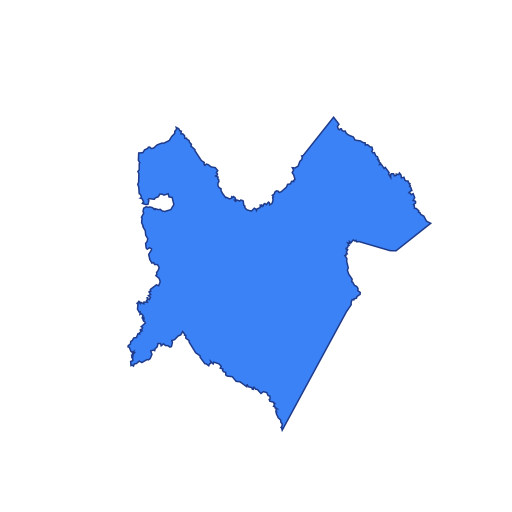 Remedios, Antioquia, Colombia, rotated 142°
{"feature_id": "7082276B29490927626625", "entity_name": "Remedios", "entity_type": "district", "adm_level": 2, "iso_a3": "COL", "parent_name": "Colombia", "parent_adm1": "Antioquia", "projection": "mercator", "projection_center": [-74.552, 6.983], "detail": "fine", "context": "isolated", "style": "filled", "palette": "blue", "viewbox_px": 512, "rotation_deg": 142, "n_neighbors": 0, "source": "geoboundaries", "source_scale": "gbopen_adm2", "svg_char_len": 6128}
<svg xmlns="http://www.w3.org/2000/svg" viewBox="0 0 512 512"><g transform="rotate(142 256 256)"><path d="M98.2,174.2L100.2,178.5L99.2,184.1L100.6,187.4L100.1,189.3L101.0,190.3L99.9,191.4L100.5,194.8L101.8,196.1L100.3,198.1L100.3,199.5L97.7,199.5L96.8,200.5L96.8,201.4L98.0,203.0L95.0,204.3L93.8,208.4L95.9,208.7L95.8,210.5L96.6,211.7L94.2,212.1L92.9,211.6L91.8,214.8L92.1,216.2L91.1,216.4L91.1,217.8L90.1,218.3L90.8,219.6L90.0,221.5L91.4,222.5L92.0,224.1L90.9,226.9L93.3,228.1L91.8,230.8L91.9,233.1L93.4,232.3L95.1,234.2L95.8,233.2L97.5,233.8L97.0,236.1L98.6,237.4L99.7,237.4L101.5,235.0L101.1,238.9L99.8,239.7L99.6,246.3L101.2,246.1L100.8,251.0L102.3,252.0L100.7,252.5L101.1,254.7L100.1,255.6L100.7,256.8L100.2,256.7L99.2,259.4L100.0,261.1L99.0,264.6L100.3,265.1L100.4,267.2L98.7,267.9L97.6,270.3L98.9,271.8L99.5,275.0L101.5,276.1L100.3,278.0L101.7,279.3L102.9,282.4L106.6,286.4L106.0,289.8L108.7,294.5L109.3,297.2L108.8,299.7L110.1,300.2L110.9,302.1L110.4,303.6L111.2,304.3L112.4,304.0L113.0,305.2L112.1,308.0L109.5,308.8L109.4,317.6L157.1,306.1L158.4,306.7L158.9,305.1L160.7,303.8L163.1,303.6L167.5,300.9L171.1,301.4L173.0,303.2L173.5,300.5L176.1,299.5L176.4,296.6L178.1,292.4L180.1,292.3L180.5,291.5L182.0,292.9L184.4,291.6L187.0,293.0L189.6,291.5L196.5,291.1L198.8,291.8L198.5,293.2L199.8,294.8L202.0,294.7L203.2,293.6L205.8,293.8L205.8,292.0L206.9,291.8L208.1,289.6L210.9,287.6L213.7,287.9L212.7,289.9L213.0,290.8L216.3,290.1L216.7,291.9L217.9,292.1L219.7,291.1L220.1,292.7L220.6,293.0L221.0,292.0L221.5,293.3L222.9,291.6L226.1,292.4L227.7,291.6L227.2,293.0L227.9,294.7L231.9,294.2L234.6,297.7L234.9,299.5L235.0,301.3L234.0,302.1L234.4,303.5L232.2,307.2L232.7,308.4L233.6,309.5L234.9,309.3L236.5,311.8L238.5,311.7L238.6,313.3L237.3,312.7L236.6,314.7L237.1,316.7L238.0,316.6L238.6,317.6L239.4,316.6L241.7,317.3L243.3,320.6L244.0,320.7L243.8,326.4L243.2,329.3L242.1,330.5L243.0,332.6L242.7,334.9L241.1,336.8L239.4,337.5L238.4,339.2L238.6,340.3L237.3,341.6L239.0,344.5L238.3,343.7L236.5,343.7L235.9,344.3L236.0,346.1L233.6,346.8L233.7,350.7L236.5,353.8L237.3,357.1L238.5,359.0L240.6,359.0L240.3,360.5L239.2,361.6L240.3,364.9L239.3,376.6L238.6,377.5L239.6,382.7L238.1,383.8L238.4,386.5L237.7,388.2L238.5,390.5L238.2,391.6L239.7,392.6L238.2,394.9L238.5,397.3L239.9,398.6L238.0,400.3L239.0,401.9L238.5,403.8L239.7,406.5L240.5,404.8L243.2,404.3L244.6,402.6L248.7,402.1L253.3,400.4L259.4,401.7L260.6,402.9L265.4,404.4L270.5,404.1L272.5,405.3L272.6,407.2L273.8,408.0L275.1,407.5L278.4,408.2L281.6,407.1L285.0,409.4L289.8,403.8L290.1,401.1L291.1,400.7L295.1,395.7L297.0,395.4L297.6,393.0L303.2,386.3L305.1,385.3L305.9,382.6L309.7,377.0L309.2,376.2L309.6,373.8L310.7,372.5L311.4,372.7L310.5,371.3L311.3,367.7L311.8,367.1L312.0,367.8L313.2,367.4L311.1,364.3L309.3,363.2L306.4,365.5L306.3,366.8L304.8,366.9L301.2,363.3L299.7,363.8L296.4,362.8L293.9,364.0L291.9,362.6L291.1,360.7L286.9,359.1L288.2,356.1L286.0,353.8L289.1,347.1L294.6,345.0L300.5,347.3L302.2,349.2L302.7,351.7L304.4,352.6L306.0,355.0L306.7,354.8L306.7,355.6L307.6,355.5L307.7,357.7L309.5,360.1L311.0,360.7L312.2,362.4L315.1,362.8L317.6,360.7L318.1,358.9L322.5,357.0L322.5,356.0L325.6,352.7L326.5,348.9L327.1,348.7L327.7,344.1L330.1,340.3L330.6,336.3L332.8,334.5L335.2,333.9L337.6,330.0L337.5,328.3L334.9,328.1L333.9,326.1L334.5,325.2L339.6,323.3L341.9,318.5L342.4,314.5L340.8,313.9L341.1,311.7L338.9,309.9L339.4,306.5L342.3,304.7L344.4,304.3L345.3,302.6L347.0,302.2L346.1,297.9L347.4,294.6L351.1,292.5L352.2,294.6L359.8,294.7L360.7,293.0L362.0,293.8L362.5,293.4L362.6,290.5L365.2,291.0L364.6,288.4L367.0,287.3L367.7,288.3L367.0,289.7L367.5,290.1L368.4,288.4L369.9,288.1L370.1,286.5L372.7,288.7L373.8,287.4L375.0,289.9L376.5,289.6L376.3,290.6L377.5,291.7L375.9,291.4L376.2,292.4L378.9,291.7L378.7,290.7L382.1,287.1L382.6,283.7L381.7,283.2L383.4,281.4L382.0,281.3L381.6,278.6L383.6,277.5L382.2,276.6L382.9,275.4L383.7,276.4L384.1,275.9L384.7,273.9L384.0,273.1L384.5,271.3L390.0,271.0L389.4,269.5L390.6,268.6L392.0,269.0L391.9,267.5L392.9,268.4L393.2,267.2L395.8,267.1L395.8,266.4L396.9,267.4L400.4,265.4L402.8,266.7L405.4,265.6L407.3,265.8L409.2,263.9L411.8,264.1L412.8,263.2L412.1,262.0L413.3,257.7L411.9,256.0L411.1,256.0L412.4,255.2L411.3,254.6L412.9,254.2L413.3,255.1L413.6,254.0L414.8,254.4L414.6,253.1L415.6,253.5L416.4,252.3L415.8,251.8L417.5,249.4L419.7,250.1L422.0,246.6L420.8,246.2L420.3,244.7L418.4,245.9L416.6,244.9L412.7,245.0L411.5,242.3L405.7,241.5L404.7,240.4L402.6,240.3L398.6,242.5L397.4,246.0L394.9,245.1L394.1,243.8L392.6,245.0L389.6,245.3L387.2,247.4L385.1,245.8L386.0,243.6L382.9,243.7L382.5,241.2L380.5,239.5L380.0,237.3L378.4,236.7L375.1,239.3L374.4,241.2L371.6,240.2L366.6,240.9L363.9,240.2L360.3,241.6L360.4,238.0L361.0,237.6L360.3,236.5L361.9,234.4L360.8,230.6L361.7,229.3L363.1,216.9L361.5,211.7L362.4,210.6L362.6,202.7L361.6,201.5L360.8,198.6L359.4,199.5L357.3,199.4L356.6,200.9L356.2,197.3L354.5,198.3L351.6,193.8L351.3,190.4L353.2,189.7L351.7,187.2L352.7,186.6L352.9,184.9L351.5,183.0L353.1,180.9L352.6,179.1L349.0,175.5L348.8,169.4L346.1,166.8L343.9,159.2L343.4,159.9L342.2,159.8L342.7,157.8L340.4,155.1L340.9,153.3L340.3,152.6L339.2,153.8L338.3,153.8L338.4,151.3L337.1,150.0L336.7,144.6L333.7,144.6L331.6,141.7L332.4,138.6L331.3,137.1L332.9,134.6L333.9,134.8L334.5,133.1L332.2,129.9L332.8,128.2L332.0,128.4L331.9,128.1L334.7,126.7L333.9,125.9L334.5,124.4L333.9,124.0L333.5,122.6L334.1,123.1L336.3,121.0L335.8,120.2L337.0,119.4L338.1,114.6L337.5,111.7L338.7,109.9L338.8,107.4L340.7,105.6L341.8,105.5L341.2,103.8L342.0,104.1L342.6,102.6L219.1,156.4L211.0,159.0L209.4,161.1L207.1,162.4L205.9,161.2L205.2,161.9L202.9,160.9L201.3,161.9L197.6,161.7L196.3,163.1L197.1,166.1L195.6,167.6L195.4,169.9L196.5,172.2L195.9,175.9L196.4,176.8L194.5,178.6L194.1,184.6L192.7,188.6L190.6,189.9L187.8,196.1L186.0,197.9L185.7,201.6L184.8,201.1L184.0,202.0L182.8,201.5L182.3,203.6L179.9,204.5L180.7,206.0L180.3,206.6L178.9,206.2L177.3,207.3L176.2,207.0L175.7,209.9L174.3,208.0L173.4,209.8L172.8,208.0L169.5,208.8L168.8,206.8L167.6,206.8L167.9,205.2L165.9,203.9L147.1,177.7L142.5,173.9L98.2,174.2Z" fill="#3b82f6" stroke="#1e3a8a" stroke-width="1.5"/></g></svg>